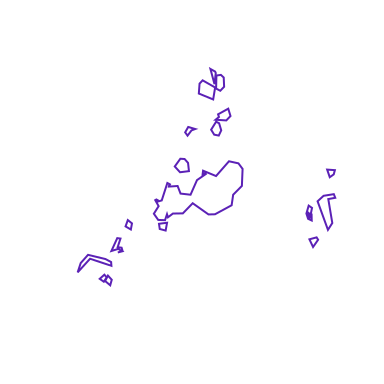 Sulu, Sulu, Philippines (Natural Earth projection), rotated 154°
{"feature_id": "2640588B7308386302326", "entity_name": "Sulu", "entity_type": "district", "adm_level": 2, "iso_a3": "PHL", "parent_name": "Philippines", "parent_adm1": "Sulu", "projection": "natural_earth1", "projection_center": [120.931, 5.941], "detail": "medium", "context": "isolated", "style": "outline", "palette": "violet", "viewbox_px": 384, "rotation_deg": 154, "n_neighbors": 0, "source": "geoboundaries", "source_scale": "gbopen_adm2", "svg_char_len": 1926}
<svg xmlns="http://www.w3.org/2000/svg" viewBox="0 0 384 384"><g transform="rotate(154 192 192)"><path d="M210.4,207.0L208.8,209.0L207.9,207.7L210.2,210.9L222.9,197.7L226.9,198.4L226.3,199.5L227.3,200.9L228.6,200.8L228.2,193.9L235.8,189.2L234.6,181.7L228.6,178.5L224.2,183.0L224.7,179.8L218.6,181.0L209.6,176.8L196.3,181.6L187.0,164.6L181.1,161.9L162.2,162.7L156.2,171.5L144.5,175.6L136.4,190.6L137.7,197.4L145.3,203.4L163.4,195.8L172.7,206.3L174.6,203.4L171.9,203.2L171.7,202.1L182.3,200.5L194.5,190.2L203.0,195.6L202.3,203.7L210.4,207.0ZM86.4,98.4L79.5,102.6L72.6,125.9L65.8,124.0L65.5,127.9L75.4,130.9L83.2,128.6L86.4,98.4ZM132.4,265.9L125.4,275.8L133.5,287.7L137.7,286.1L142.7,277.5L132.4,265.9ZM185.6,212.1L182.8,219.9L184.2,224.9L187.9,227.0L196.3,222.5L194.1,215.0L185.6,212.1ZM296.8,161.0L295.4,164.5L299.2,169.7L313.0,181.1L323.2,176.9L330.0,169.9L312.9,176.7L296.8,161.0ZM125.0,274.4L122.2,270.6L117.0,272.5L113.3,281.0L114.7,284.6L119.0,286.0L125.0,274.4ZM129.8,241.3L124.1,243.4L122.9,251.0L134.5,250.4L134.9,247.6L139.1,246.6L129.8,241.3ZM143.2,231.0L138.7,234.6L137.5,241.9L139.5,244.6L147.5,239.6L146.9,233.8L143.2,231.0ZM285.2,170.2L280.3,169.2L279.7,172.8L283.0,175.0L276.7,181.5L279.4,183.3L290.3,174.3L283.2,173.2L280.8,169.4L285.2,170.2ZM232.6,168.9L227.9,175.3L235.6,177.9L237.2,172.9L232.6,168.9ZM96.9,113.9L94.0,120.2L95.2,118.2L97.4,117.3L97.1,123.7L95.4,119.5L91.1,125.1L93.1,128.6L98.6,122.5L99.4,117.0L96.9,113.9ZM107.3,89.5L99.6,93.8L99.9,96.6L107.2,98.0L107.3,89.5ZM61.7,144.9L56.9,145.7L54.0,149.0L60.7,152.9L61.7,144.9ZM171.3,244.6L165.4,247.6L161.5,247.2L166.9,252.1L172.0,248.6L171.3,244.6ZM263.4,185.1L259.7,190.1L262.0,194.9L266.8,190.2L263.4,185.1ZM121.5,294.5L124.5,279.1L118.5,288.5L118.4,290.1L121.5,294.5ZM306.4,144.0L302.6,148.3L304.2,153.7L309.1,150.1L306.4,144.0ZM310.6,150.0L306.1,152.7L307.0,156.1L313.0,154.4L310.6,150.0Z" fill="none" stroke="#5b21b6" stroke-width="2"/></g></svg>